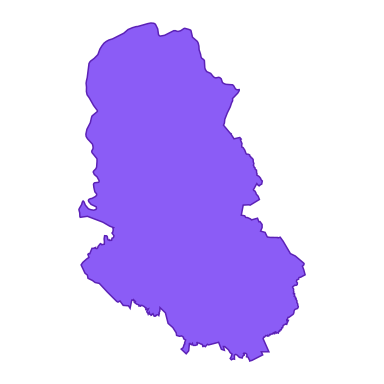 Coahuayutla de José María Izazaga, Guerrero, Mexico
{"feature_id": "50627088B68118257032926", "entity_name": "Coahuayutla de José María Izazaga", "entity_type": "district", "adm_level": 2, "iso_a3": "MEX", "parent_name": "Mexico", "parent_adm1": "Guerrero", "projection": "equal_earth", "projection_center": [-101.625, 18.294], "detail": "fine", "context": "isolated", "style": "filled", "palette": "violet", "viewbox_px": 384, "rotation_deg": 0, "n_neighbors": 0, "source": "geoboundaries", "source_scale": "gbopen_adm2", "svg_char_len": 5960}
<svg xmlns="http://www.w3.org/2000/svg" viewBox="0 0 384 384"><path d="M239.2,89.6L237.2,89.8L236.2,89.4L235.4,88.8L233.6,85.7L232.6,84.8L225.8,84.3L223.6,83.4L222.4,82.4L221.2,78.8L219.8,77.6L218.6,77.3L215.8,77.9L214.4,77.5L213.0,76.3L210.7,73.4L206.7,71.6L205.3,69.4L204.8,67.8L204.4,60.6L203.7,59.6L201.7,58.2L201.0,56.8L200.6,54.4L199.1,49.7L198.9,46.1L198.2,43.1L197.3,41.4L192.5,37.2L191.0,30.7L190.6,30.1L188.8,29.4L184.8,28.3L184.0,28.5L180.7,30.7L178.4,31.4L177.0,31.3L175.6,30.7L173.7,30.7L164.6,35.3L160.3,36.1L159.4,35.7L158.5,34.6L157.7,28.9L155.4,24.2L153.9,23.3L150.9,23.0L147.8,23.6L137.6,26.5L136.1,26.6L132.4,27.7L128.1,29.5L123.8,33.2L112.5,38.9L108.9,40.0L106.3,41.4L104.0,43.2L101.9,45.9L99.9,49.1L97.9,54.6L94.2,58.4L90.7,61.0L89.9,61.9L89.0,63.5L87.2,77.8L86.5,80.6L86.1,83.2L86.5,87.2L86.4,91.5L87.1,94.8L89.3,97.9L93.6,105.5L97.4,110.6L97.4,111.3L96.9,111.9L92.1,115.9L91.6,117.1L90.3,122.7L86.9,129.3L85.9,134.1L86.1,136.3L86.7,137.5L87.7,139.0L92.4,144.1L92.9,145.9L93.1,147.9L92.9,148.9L91.7,151.1L92.0,152.6L96.8,158.5L97.0,159.2L97.0,161.7L96.6,167.1L95.9,168.7L93.6,171.1L93.2,172.0L94.3,174.5L97.1,176.9L99.2,180.9L99.1,181.6L98.6,182.3L94.6,182.8L93.8,183.5L93.5,184.4L93.9,187.7L94.7,191.2L95.1,192.2L96.5,193.7L96.7,195.0L95.6,196.4L92.0,198.4L90.3,198.7L89.1,199.3L88.6,199.8L88.4,200.6L88.8,201.7L91.1,204.4L96.2,206.8L96.5,208.2L96.0,209.4L93.8,210.2L90.8,209.7L88.4,208.8L85.3,205.1L84.1,202.0L83.1,201.0L82.3,202.1L81.6,204.6L79.3,208.5L78.9,209.7L79.7,212.8L79.9,216.5L80.1,216.5L80.3,217.3L87.4,216.3L102.7,222.1L109.8,226.2L113.7,227.7L112.9,228.6L113.3,230.1L112.9,231.0L112.9,232.0L112.0,233.0L113.9,235.6L113.9,236.0L113.6,237.2L113.0,237.9L112.0,238.2L111.6,240.3L110.1,240.4L109.8,240.0L109.6,240.4L107.9,239.7L107.2,236.4L106.5,235.8L104.6,235.7L104.1,238.9L104.4,241.6L104.3,244.2L101.7,244.7L100.8,243.7L100.4,243.6L98.1,246.4L97.7,247.8L96.9,248.6L95.4,248.3L95.5,247.5L93.2,248.4L92.0,248.3L89.7,253.8L88.7,253.6L87.9,254.3L88.9,257.4L86.5,259.1L82.8,262.4L81.1,264.9L85.0,273.2L87.4,275.1L88.0,278.3L92.5,280.5L95.1,282.5L99.3,283.4L107.4,292.1L116.7,301.4L118.0,302.1L120.0,301.0L123.2,305.4L128.5,305.8L130.1,308.3L131.9,299.4L132.0,300.0L132.4,300.2L133.4,299.6L133.7,300.6L134.4,300.4L135.4,301.7L134.3,302.2L134.6,302.6L136.8,304.2L138.7,304.8L139.0,306.0L140.0,305.5L140.1,306.1L140.5,306.2L141.6,305.3L142.1,305.4L144.6,306.8L145.1,307.6L145.9,307.7L145.8,309.5L148.5,308.7L147.9,310.0L147.0,310.7L146.8,311.6L147.2,312.5L147.8,313.0L148.2,314.2L149.2,312.4L149.7,314.2L151.0,314.8L151.1,315.3L151.4,315.2L151.7,314.4L152.1,314.5L152.9,313.7L154.2,316.2L154.8,316.1L154.8,316.7L155.1,316.0L155.6,316.0L155.7,315.5L156.3,315.4L156.5,315.0L158.1,314.7L158.8,315.5L159.3,313.4L159.0,313.2L159.0,312.8L159.8,311.2L160.0,307.6L165.4,312.8L168.1,323.4L172.8,327.5L175.8,332.2L176.1,332.4L176.6,335.4L179.5,336.3L181.6,335.9L183.4,337.2L183.7,338.8L185.6,339.9L184.6,342.9L184.8,343.9L184.2,344.3L183.1,347.7L181.2,349.1L186.2,353.8L188.7,350.8L189.4,343.5L190.0,343.4L190.8,344.4L191.5,344.7L192.4,343.5L192.7,344.7L193.2,345.4L195.4,345.4L197.3,344.7L197.4,344.3L196.9,342.7L197.1,342.5L197.7,343.1L198.9,343.0L201.0,344.1L201.9,344.2L202.5,345.0L202.8,346.5L203.2,346.5L203.9,345.8L205.3,346.7L207.4,344.3L208.6,344.9L218.6,342.3L221.4,349.3L224.4,350.3L223.4,346.5L224.8,346.6L228.5,349.8L230.2,352.7L232.0,354.0L231.2,356.8L230.2,358.5L231.4,359.8L233.0,358.9L234.5,359.2L234.4,355.1L235.8,354.4L236.9,354.9L239.4,357.4L242.2,358.0L242.7,356.4L243.7,355.3L244.3,355.1L244.3,354.5L243.5,353.6L244.0,353.1L245.8,353.4L246.8,354.2L247.0,355.3L246.5,356.4L246.5,356.8L247.6,357.0L248.2,357.4L248.9,359.1L249.4,359.5L249.7,361.0L251.9,360.4L262.7,354.9L261.3,351.8L268.9,351.8L263.1,338.7L263.8,337.1L264.5,337.1L265.8,335.5L267.2,335.9L267.5,335.5L267.8,336.1L268.9,335.9L269.5,334.5L270.5,334.8L270.9,334.1L272.4,334.0L272.5,333.5L273.7,332.8L274.1,333.8L274.8,333.7L275.3,332.9L274.9,332.8L274.9,332.2L275.6,331.9L276.5,333.0L276.9,332.5L278.3,333.1L279.0,331.2L279.4,330.9L279.8,331.1L280.4,329.7L281.2,329.8L281.7,328.6L281.7,327.9L282.6,327.7L283.2,325.4L285.3,324.2L286.7,324.4L286.9,323.8L286.0,323.8L287.2,322.9L288.4,320.3L287.9,320.2L287.6,320.7L286.8,320.8L286.8,320.5L286.7,319.7L287.6,318.7L287.9,317.6L288.1,317.3L289.0,317.3L293.0,314.4L293.5,313.8L294.0,312.1L294.0,311.2L294.6,309.8L295.2,309.3L297.5,308.5L298.2,307.2L298.3,306.4L297.7,305.3L297.8,304.1L296.8,302.3L297.0,301.0L296.1,299.3L296.1,298.6L295.6,298.7L295.5,297.2L294.8,296.7L294.7,296.1L294.3,296.1L294.6,294.9L294.4,294.6L294.5,293.7L293.8,293.7L293.9,293.3L293.4,293.1L293.8,291.8L293.5,290.8L293.6,289.1L292.5,287.1L292.8,286.6L294.0,285.9L294.5,285.3L296.2,285.3L297.2,284.6L297.4,282.9L296.5,281.8L296.5,280.9L297.0,279.8L298.6,279.2L298.6,278.5L299.1,277.5L300.7,277.2L305.1,274.8L303.7,269.6L302.4,266.2L303.8,264.9L304.1,263.8L303.7,263.1L295.3,256.0L290.4,253.6L283.1,241.2L280.2,237.2L278.1,237.9L277.6,237.5L270.0,237.4L267.4,237.0L267.0,236.4L265.1,232.4L260.6,231.1L262.1,227.6L262.1,224.5L260.0,221.6L258.9,221.8L257.5,218.2L251.5,219.9L250.6,219.0L247.6,217.6L245.6,217.4L244.7,215.8L241.3,215.2L243.2,205.1L248.5,204.8L250.2,205.1L259.4,199.5L258.2,196.3L256.2,194.0L255.9,192.8L254.9,191.0L253.9,190.6L253.4,189.8L256.8,183.6L257.7,184.8L259.1,185.9L260.5,184.7L261.7,184.1L262.3,181.0L261.0,179.6L260.6,178.3L259.1,176.5L256.8,175.0L257.0,173.5L256.6,172.8L256.5,170.2L255.1,169.0L254.9,167.6L254.2,167.3L253.9,166.1L253.4,165.3L253.9,163.5L253.3,162.0L253.1,159.4L252.2,158.2L251.1,157.6L250.8,156.8L250.0,156.2L249.6,154.9L248.1,154.2L246.5,154.1L246.1,153.7L244.7,150.0L243.1,147.6L241.9,147.1L241.7,145.4L242.0,143.6L240.4,139.7L241.2,139.1L239.8,137.5L234.0,138.8L230.9,134.0L231.1,133.7L230.0,133.0L223.5,125.2L224.4,123.1L224.8,119.3L227.3,112.9L230.2,107.0L231.7,102.5L232.4,101.4L232.7,100.0L232.5,98.6L237.7,93.2L239.2,90.7L239.2,89.6Z" fill="#8b5cf6" stroke="#5b21b6" stroke-width="1.5"/></svg>